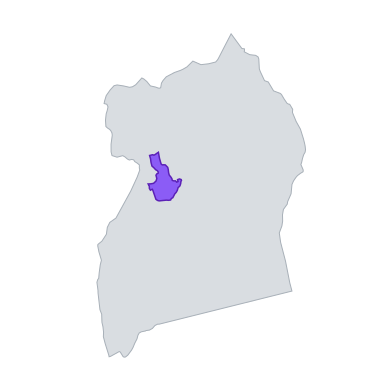 where Masindi sits in Uganda, rotated 346°
{"feature_id": "UGA-3102", "entity_name": "Masindi", "entity_type": "District", "adm_level": 1, "iso_a3": "UGA", "parent_name": "Uganda", "parent_adm1": "", "projection": "robinson", "projection_center": [31.719, 1.811], "detail": "fine", "context": "in_parent", "style": "filled", "palette": "violet", "viewbox_px": 384, "rotation_deg": 346, "n_neighbors": 0, "source": "natural_earth", "source_scale": "10m", "svg_char_len": 3154}
<svg xmlns="http://www.w3.org/2000/svg" viewBox="0 0 384 384"><g transform="rotate(346 192 192)"><path d="M265.0,312.3L260.1,312.3L252.2,312.3L244.2,312.3L236.3,312.3L228.3,312.3L220.4,312.3L212.5,312.3L204.5,312.3L196.6,312.3L188.6,312.3L180.7,312.3L172.7,312.3L164.8,312.3L156.8,312.3L148.9,312.3L141.0,312.3L133.0,312.3L128.3,312.3L127.4,312.1L126.7,311.9L123.7,312.6L120.6,314.8L117.3,315.7L113.8,315.3L113.4,315.6L111.6,315.5L109.0,315.4L106.7,316.0L104.9,317.9L103.1,321.2L99.8,325.0L97.3,328.4L95.1,330.8L90.2,334.8L87.5,336.0L86.1,335.8L85.3,335.0L83.7,330.0L82.8,329.2L73.1,331.8L71.7,331.8L71.8,330.2L71.1,318.3L71.0,311.0L72.3,306.5L73.0,301.2L73.1,296.6L74.8,288.7L74.2,283.9L76.4,267.3L77.0,264.6L77.9,256.6L79.4,254.1L80.6,253.2L82.3,248.2L85.4,240.4L87.6,236.3L87.2,227.5L87.5,221.5L88.0,220.1L92.7,217.9L98.7,212.3L101.3,205.8L104.9,201.6L111.9,198.9L132.7,176.4L142.4,164.3L146.6,158.1L146.7,155.9L147.5,153.0L145.8,150.7L143.8,148.6L143.2,146.7L141.4,145.8L138.9,145.8L137.3,144.4L135.4,141.7L133.6,140.0L127.7,140.1L123.2,137.3L123.2,133.5L125.0,126.1L128.4,117.5L128.6,115.2L128.1,113.1L127.3,111.4L125.7,109.7L124.3,107.7L125.4,101.5L127.6,95.5L129.4,92.5L131.1,89.1L130.6,86.3L128.1,84.9L129.4,82.2L132.1,77.7L137.4,73.1L142.1,70.0L145.2,70.0L151.2,72.5L156.7,75.3L159.7,75.5L163.4,74.3L170.9,69.2L172.7,70.8L174.9,73.9L177.3,79.0L182.1,81.4L184.4,83.0L186.0,83.5L186.9,83.1L188.7,79.0L190.9,76.8L194.9,74.0L203.8,71.8L210.2,71.2L212.9,70.7L217.4,69.4L224.5,65.2L231.5,70.6L239.1,71.6L246.4,71.6L248.7,70.0L250.0,68.7L257.7,59.9L268.2,48.0L275.1,64.8L277.5,65.8L277.2,67.2L276.6,68.6L281.2,72.7L286.8,74.8L288.8,76.9L289.0,79.1L287.1,88.9L287.4,91.7L289.3,101.5L292.6,103.7L295.6,113.6L301.6,117.8L302.4,119.0L303.8,123.8L305.7,129.0L307.1,130.2L308.0,130.5L309.7,136.1L308.7,139.2L310.1,148.7L312.4,157.2L313.0,167.4L313.0,171.8L312.9,174.6L312.4,178.4L311.4,180.7L309.4,182.8L307.3,186.2L305.5,189.9L304.3,191.7L305.2,197.2L305.0,198.6L304.5,199.3L301.8,200.1L298.3,201.6L296.2,203.1L293.2,205.8L290.8,208.9L287.7,217.7L282.4,224.6L281.5,226.8L276.5,231.0L274.3,236.0L272.9,242.2L271.0,246.7L266.8,252.8L265.8,262.4L266.0,281.7L264.9,303.7L265.0,312.3Z" fill="#d9dde1" stroke="#a8b0b8" stroke-width="1"/><path d="M184.6,178.2L183.8,179.1L183.0,181.2L181.8,183.1L180.8,183.8L179.7,184.2L178.1,186.9L176.6,188.5L174.8,189.7L172.0,192.9L171.1,193.1L170.3,193.4L169.3,194.6L167.3,194.4L165.2,193.7L158.2,192.7L157.0,192.2L156.0,191.3L155.2,190.3L155.0,187.7L154.4,180.7L154.1,179.7L153.1,179.9L152.1,180.2L151.5,178.4L152.0,175.6L151.6,175.0L151.6,174.3L151.4,173.6L154.0,174.1L156.8,174.3L159.8,172.6L161.1,170.4L161.1,167.0L162.4,165.8L163.7,165.6L164.1,164.4L163.5,162.9L162.2,161.7L160.9,159.3L159.4,157.1L159.4,153.2L159.8,149.8L159.7,146.3L162.7,146.3L163.1,146.4L163.6,146.9L164.0,147.0L164.8,146.9L169.0,145.3L168.6,151.5L168.8,157.3L169.7,158.5L171.4,158.8L172.7,159.3L173.5,160.7L174.4,162.2L174.4,164.4L174.0,167.5L174.0,170.0L175.0,172.1L175.7,174.1L175.7,176.0L177.0,176.8L178.7,177.2L179.5,178.7L181.0,178.5L181.0,176.5L183.0,176.3L184.5,177.3L184.6,178.2Z" fill="#8b5cf6" stroke="#5b21b6" stroke-width="1.5"/></g></svg>